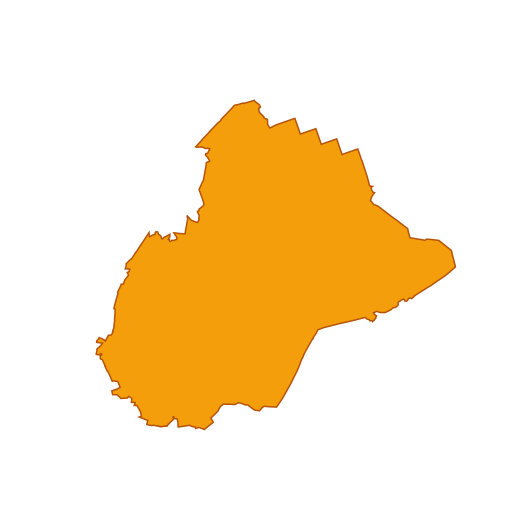 outline of Brantu pag., Smiltenes, Latvia, rotated 159°
{"feature_id": "27541924B83943898242437", "entity_name": "Brantu pag.", "entity_type": "district", "adm_level": 2, "iso_a3": "LVA", "parent_name": "Latvia", "parent_adm1": "Smiltenes", "projection": "mercator", "projection_center": [25.808, 57.37], "detail": "fine", "context": "isolated", "style": "filled", "palette": "amber", "viewbox_px": 512, "rotation_deg": 159, "n_neighbors": 0, "source": "geoboundaries", "source_scale": "gbopen_adm2", "svg_char_len": 6020}
<svg xmlns="http://www.w3.org/2000/svg" viewBox="0 0 512 512"><g transform="rotate(159 256 256)"><path d="M118.6,162.8L107.4,165.1L106.5,165.2L102.8,165.9L87.0,169.7L84.7,170.4L80.5,171.8L75.3,173.7L73.7,174.4L73.5,175.8L73.2,178.6L72.8,181.6L72.6,183.8L71.6,191.3L72.9,193.3L79.8,205.1L87.5,209.1L91.0,210.7L92.3,210.0L93.0,210.4L98.7,213.8L99.1,214.0L99.3,214.1L105.7,217.8L105.2,223.4L104.6,227.3L106.9,230.8L109.5,235.1L110.9,237.6L113.4,241.3L113.9,242.0L119.8,251.6L124.2,258.7L125.2,259.8L126.3,260.8L127.4,261.5L129.3,266.9L126.3,270.2L122.6,272.7L124.0,273.7L124.4,276.2L124.0,278.6L122.2,279.2L124.8,280.7L123.8,290.0L123.6,293.5L123.1,302.8L122.9,306.5L123.0,308.2L122.6,319.4L133.9,319.8L139.3,319.9L139.2,321.4L139.0,329.7L138.7,336.4L155.0,336.9L154.8,344.9L154.5,353.4L170.9,354.0L170.4,370.6L190.3,371.2L197.2,370.5L197.5,371.3L197.8,373.7L197.9,374.8L196.4,379.5L197.0,380.2L197.9,380.6L199.1,382.4L198.8,383.2L200.5,387.0L200.8,387.6L201.5,389.6L201.1,390.1L201.0,391.8L200.5,392.9L199.7,393.0L198.5,393.4L198.6,395.8L200.5,399.0L201.9,401.4L201.9,402.0L203.1,402.0L212.9,402.8L213.1,402.9L213.2,403.1L213.2,403.4L218.3,403.8L222.1,404.4L223.6,403.7L225.0,402.9L232.5,399.3L234.9,398.2L236.9,397.3L239.7,396.0L239.7,395.5L242.2,394.3L243.1,394.3L254.1,389.1L257.1,387.5L264.5,384.0L265.7,383.2L273.2,379.5L272.8,379.1L272.4,378.8L268.9,377.6L267.1,376.9L266.6,376.5L265.2,375.0L264.6,374.5L263.9,374.2L262.1,373.6L260.7,372.7L264.4,369.2L266.1,369.6L266.7,368.9L266.9,368.0L266.4,366.8L265.8,365.6L265.2,361.1L268.8,361.0L270.7,357.5L277.1,347.0L277.7,345.8L280.3,343.5L285.3,338.5L285.7,325.4L286.2,322.7L287.7,321.6L292.3,320.2L292.9,318.9L294.7,318.6L294.8,317.5L294.5,314.3L294.9,313.3L295.0,313.2L295.2,312.9L296.0,311.5L296.1,311.0L296.2,310.3L297.5,309.0L298.7,308.3L301.1,310.3L303.6,312.5L306.0,318.6L306.4,315.3L314.4,302.1L321.3,305.4L321.8,305.8L324.4,307.1L324.0,305.1L323.5,303.2L323.5,300.6L324.4,300.0L327.4,300.0L328.7,300.8L331.0,300.2L331.5,301.5L330.9,302.4L331.8,303.3L329.8,304.5L328.6,307.1L335.5,306.3L337.1,305.4L337.8,306.1L337.8,309.3L339.2,311.1L339.1,313.6L340.5,314.6L341.7,314.0L342.5,312.3L344.1,312.5L345.3,312.5L348.4,312.0L347.9,314.7L347.5,316.2L357.2,309.2L358.2,308.6L360.8,306.8L360.8,306.7L362.1,305.8L363.2,305.1L365.9,303.0L366.8,302.6L370.6,299.8L372.2,298.5L375.8,297.2L380.1,295.2L380.8,293.0L382.7,290.9L379.5,289.5L378.5,288.9L379.2,288.2L380.1,287.0L380.6,286.8L382.1,286.8L381.9,283.8L387.1,280.6L388.7,278.7L389.9,277.7L390.3,277.2L392.0,278.0L392.4,277.2L398.2,271.8L398.3,270.5L405.4,261.1L407.4,257.9L407.0,257.9L406.6,256.6L409.5,250.1L410.6,248.1L411.0,246.6L413.6,241.7L413.4,241.6L414.3,240.2L414.9,239.3L416.5,237.4L416.2,237.4L416.8,236.1L418.1,235.2L418.9,234.4L419.8,234.1L420.5,234.3L422.1,234.9L424.4,233.0L427.2,230.5L428.0,232.4L430.7,235.2L431.6,236.0L433.1,234.8L434.8,234.1L435.8,232.5L430.5,229.6L432.3,228.4L435.1,227.1L436.2,226.8L437.7,226.2L438.2,225.5L438.5,224.3L439.5,223.1L440.4,221.5L440.3,221.2L437.4,219.8L435.9,220.6L435.1,219.8L435.8,218.8L436.7,219.1L437.4,218.2L438.1,215.7L436.6,214.2L436.2,207.2L436.5,207.2L436.1,201.9L435.7,200.6L435.3,196.4L435.1,190.5L433.9,190.6L430.0,188.3L429.9,182.2L433.5,181.4L433.5,181.6L434.3,181.7L439.0,181.7L439.1,181.2L439.5,177.9L435.6,176.3L435.4,176.2L434.9,175.1L434.6,174.7L433.2,171.4L426.8,169.5L425.2,170.6L423.0,167.6L424.8,164.0L422.6,163.1L421.3,162.5L423.2,160.2L421.2,159.3L420.7,159.0L419.7,151.6L420.4,147.4L422.7,147.5L415.9,141.2L416.8,140.2L417.6,138.8L418.2,138.3L418.3,138.0L418.2,137.9L418.2,137.7L417.5,137.3L416.9,136.8L416.5,136.5L416.2,136.4L415.4,135.9L415.2,135.9L415.0,135.7L414.6,135.5L414.0,134.9L413.3,134.9L412.8,134.8L412.7,134.9L411.7,134.4L411.3,134.0L410.9,133.7L409.3,132.9L409.1,132.8L408.8,132.7L408.6,132.4L408.4,132.6L408.3,132.3L407.5,132.0L407.2,131.3L406.5,131.2L406.3,130.8L405.8,130.5L405.0,130.6L404.3,130.2L403.6,130.3L403.2,130.2L402.7,129.8L402.1,129.7L401.8,130.0L401.6,129.9L401.0,129.3L400.4,129.1L399.8,129.2L398.2,130.5L398.0,130.3L397.4,130.5L395.8,131.4L391.9,133.0L391.4,133.6L391.1,134.1L391.1,134.7L391.2,135.4L391.0,135.6L390.4,135.4L390.7,133.4L389.2,133.0L388.1,132.3L388.3,129.7L389.9,124.2L378.5,121.7L378.1,121.0L377.1,120.0L374.0,118.0L374.2,116.6L371.8,116.6L371.1,116.5L369.4,115.3L368.0,114.1L366.5,112.5L361.2,114.3L358.1,115.3L357.8,115.2L355.4,116.1L356.3,121.0L354.6,121.6L352.1,122.6L350.4,123.3L348.6,124.1L346.7,125.2L345.0,126.7L343.9,127.6L343.0,128.3L339.4,129.4L338.5,129.0L335.6,127.7L334.3,127.3L328.6,124.8L325.6,125.4L325.0,125.3L323.4,124.3L322.0,123.3L319.4,120.8L317.1,119.9L312.8,112.9L308.3,110.2L305.1,111.9L302.9,112.7L302.0,112.6L299.2,111.3L298.5,110.9L291.0,107.6L285.5,111.3L281.7,114.1L279.5,115.9L270.5,123.4L269.4,124.3L258.5,134.3L256.2,136.6L253.7,139.4L253.0,140.3L250.2,143.3L248.8,144.5L247.5,145.8L246.2,147.3L244.8,148.6L240.1,152.4L239.2,153.2L233.4,158.0L232.8,158.0L232.6,158.1L232.5,158.6L232.2,158.9L231.8,159.1L231.7,159.5L231.1,159.8L227.4,162.4L224.8,164.9L218.5,164.9L207.8,163.6L203.3,163.1L197.8,162.3L189.6,161.1L176.1,159.5L174.9,157.3L173.1,155.9L172.9,154.6L171.5,154.3L170.5,153.8L170.6,153.0L169.6,153.4L168.7,153.6L168.4,154.3L168.1,154.6L167.3,154.5L166.7,154.7L166.5,155.3L166.3,155.7L165.9,156.0L165.0,156.7L164.9,157.1L165.9,158.0L166.1,158.9L166.2,159.1L166.5,159.3L166.6,159.5L166.6,160.0L166.7,160.5L166.7,160.9L163.3,161.0L163.1,161.0L161.2,159.4L159.8,158.5L156.3,157.1L153.6,157.0L148.5,157.6L147.6,158.3L147.2,158.4L145.4,158.4L144.4,157.9L144.2,157.9L141.4,158.9L141.1,159.1L140.7,159.7L140.3,160.7L140.1,161.4L139.5,162.0L139.1,162.1L138.2,162.2L137.2,162.4L136.0,162.7L134.7,162.9L134.1,162.9L133.5,162.7L133.1,162.4L133.1,162.2L133.3,161.5L133.3,160.9L133.2,160.7L131.7,159.9L131.1,159.9L130.7,160.0L130.0,160.8L128.7,161.6L127.9,161.7L127.6,161.7L126.8,161.5L126.6,161.4L126.2,160.8L125.9,160.5L125.6,160.5L124.4,160.9L123.5,161.3L123.0,161.8L122.9,161.6L121.0,162.3L118.6,162.8Z" fill="#f59e0b" stroke="#b45309" stroke-width="1.5"/></g></svg>